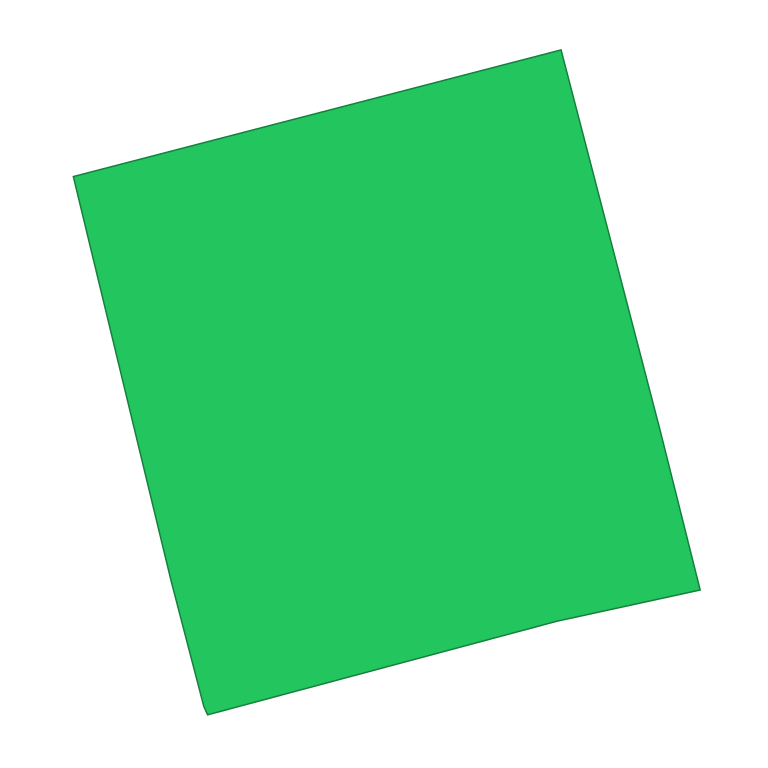 outline of Gentry, Missouri, United States of America, rotated 345°
{"feature_id": "52423323B22410363869477", "entity_name": "Gentry", "entity_type": "district", "adm_level": 2, "iso_a3": "USA", "parent_name": "United States of America", "parent_adm1": "Missouri", "projection": "robinson", "projection_center": [-94.401, 40.211], "detail": "fine", "context": "isolated", "style": "filled", "palette": "green", "viewbox_px": 768, "rotation_deg": 345, "n_neighbors": 0, "source": "geoboundaries", "source_scale": "gbopen_adm2", "svg_char_len": 279}
<svg xmlns="http://www.w3.org/2000/svg" viewBox="0 0 768 768"><g transform="rotate(345 384 384)"><path d="M638.7,502.4L641.5,107.1L137.6,103.2L127.4,519.2L126.5,648.9L128.0,657.9L490.0,657.9L636.1,664.8L638.7,502.4Z" fill="#22c55e" stroke="#15803d" stroke-width="1.5"/></g></svg>